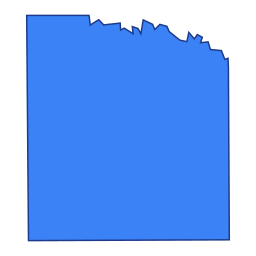 Knox, Texas, United States of America (Equal Earth projection)
{"feature_id": "52423323B61031799743155", "entity_name": "Knox", "entity_type": "district", "adm_level": 2, "iso_a3": "USA", "parent_name": "United States of America", "parent_adm1": "Texas", "projection": "equal_earth", "projection_center": [-99.668, 33.617], "detail": "fine", "context": "isolated", "style": "filled", "palette": "blue", "viewbox_px": 256, "rotation_deg": 0, "n_neighbors": 0, "source": "geoboundaries", "source_scale": "gbopen_adm2", "svg_char_len": 503}
<svg xmlns="http://www.w3.org/2000/svg" viewBox="0 0 256 256"><path d="M28.5,240.6L229.3,239.8L228.4,67.8L228.0,58.3L224.8,59.4L221.4,50.6L210.4,49.5L208.1,41.9L200.5,42.7L202.3,37.3L197.3,34.6L194.3,38.9L188.8,32.4L186.9,41.6L179.9,40.2L169.2,31.6L166.9,26.3L159.9,24.4L154.8,29.5L152.5,24.3L143.2,19.9L140.9,33.8L138.0,28.5L132.3,26.6L133.1,33.7L124.1,28.1L120.6,30.1L120.2,23.1L103.7,24.9L98.7,19.7L90.3,25.0L89.0,15.4L26.7,15.4L28.5,240.6Z" fill="#3b82f6" stroke="#1e3a8a" stroke-width="1.5"/></svg>